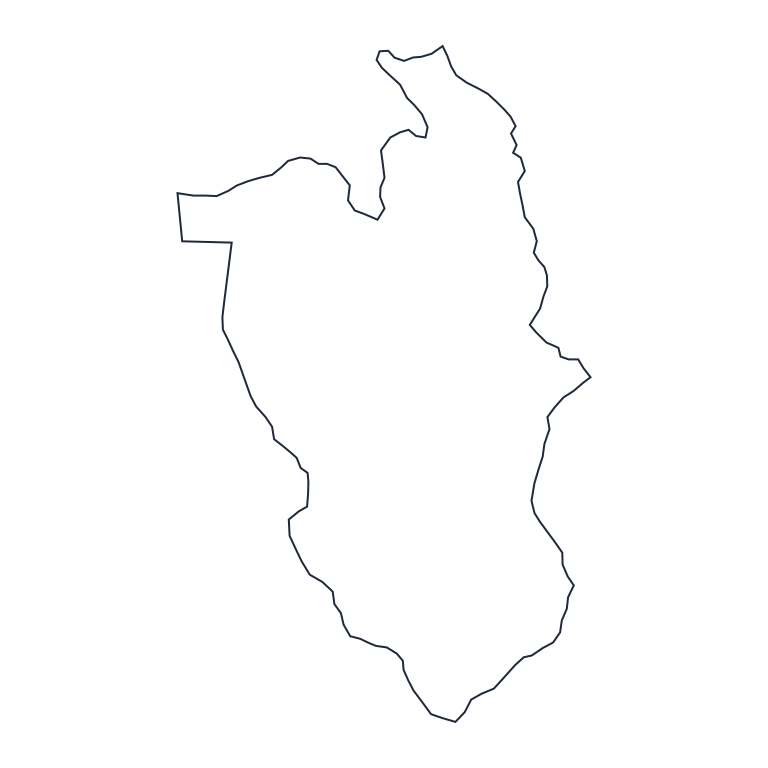 the district of Lontras, Santa Catarina, Brazil
{"feature_id": "56859067B57169366495150", "entity_name": "Lontras", "entity_type": "district", "adm_level": 2, "iso_a3": "BRA", "parent_name": "Brazil", "parent_adm1": "Santa Catarina", "projection": "orthographic", "projection_center": [-49.504, -27.189], "detail": "fine", "context": "isolated", "style": "outline", "palette": "slate", "viewbox_px": 768, "rotation_deg": 0, "n_neighbors": 0, "source": "geoboundaries", "source_scale": "gbopen_adm2", "svg_char_len": 2099}
<svg xmlns="http://www.w3.org/2000/svg" viewBox="0 0 768 768"><path d="M442.6,46.1L431.5,53.8L421.3,56.8L413.0,57.5L404.1,60.9L394.6,57.7L388.3,50.8L379.6,51.3L376.6,59.9L381.9,67.8L388.8,74.4L400.1,84.7L407.1,98.0L414.3,105.1L422.0,114.2L427.6,127.2L425.5,137.5L416.1,136.0L408.5,129.8L400.3,132.2L390.3,137.5L381.0,150.4L382.8,163.9L384.5,177.7L380.5,187.5L380.1,197.0L384.5,208.4L377.5,219.7L363.5,213.7L354.8,210.5L348.0,200.4L349.8,185.4L341.6,174.9L335.6,167.2L327.1,163.9L318.6,163.9L310.5,158.6L300.1,157.5L288.1,160.9L281.0,167.6L272.0,174.9L259.6,177.8L248.3,181.1L236.8,185.5L228.3,190.9L216.6,196.1L205.6,195.6L193.6,195.6L177.5,193.2L182.2,241.3L231.7,242.6L224.2,301.8L222.4,317.1L222.9,329.7L227.5,338.8L233.0,350.8L238.6,362.2L250.6,396.1L256.2,406.6L265.6,417.1L272.1,426.8L274.1,439.2L282.7,445.9L290.4,452.3L296.7,457.9L300.7,468.0L307.6,472.9L308.4,482.0L308.1,493.5L307.1,506.6L298.9,511.3L288.8,519.5L289.6,535.8L296.1,549.8L301.6,561.3L309.8,574.7L322.4,582.0L332.7,591.6L334.4,604.1L340.9,613.1L343.6,624.7L350.2,636.2L360.2,638.8L368.7,642.9L376.0,645.9L386.7,647.4L396.8,653.6L402.8,660.7L403.6,669.9L408.3,680.5L413.5,690.5L421.1,700.6L431.1,714.2L442.1,718.0L455.4,721.9L464.7,712.2L471.2,699.6L481.4,693.8L493.9,688.6L504.0,677.5L515.2,665.0L523.7,657.3L531.8,655.5L542.5,648.2L553.1,642.5L560.1,632.4L561.8,620.5L566.8,608.8L568.1,597.2L573.8,585.4L567.8,576.6L562.6,564.6L562.3,552.7L555.0,542.2L546.8,531.1L539.7,521.4L534.5,513.1L531.5,500.8L534.4,483.4L538.7,468.9L542.7,456.6L544.4,444.0L549.5,429.1L547.4,417.1L554.5,407.5L563.5,397.4L573.4,391.1L582.9,383.0L590.5,377.2L583.5,368.2L578.2,359.4L568.7,359.4L560.6,356.6L558.4,347.8L546.4,342.5L536.2,332.4L529.8,324.9L540.1,308.5L543.6,296.1L547.3,286.4L546.9,275.3L544.4,267.1L538.4,260.3L533.8,252.7L536.8,241.2L533.3,228.7L524.8,217.3L522.5,205.1L520.0,193.3L518.0,182.0L524.8,171.0L520.8,157.7L513.1,152.8L516.6,145.0L511.0,133.5L515.6,126.2L510.6,116.7L504.6,109.9L497.0,102.3L488.0,94.0L478.1,88.4L466.6,82.6L456.3,75.3L451.1,66.3L447.3,55.8L442.6,46.1Z" fill="none" stroke="#1e293b" stroke-width="2"/></svg>